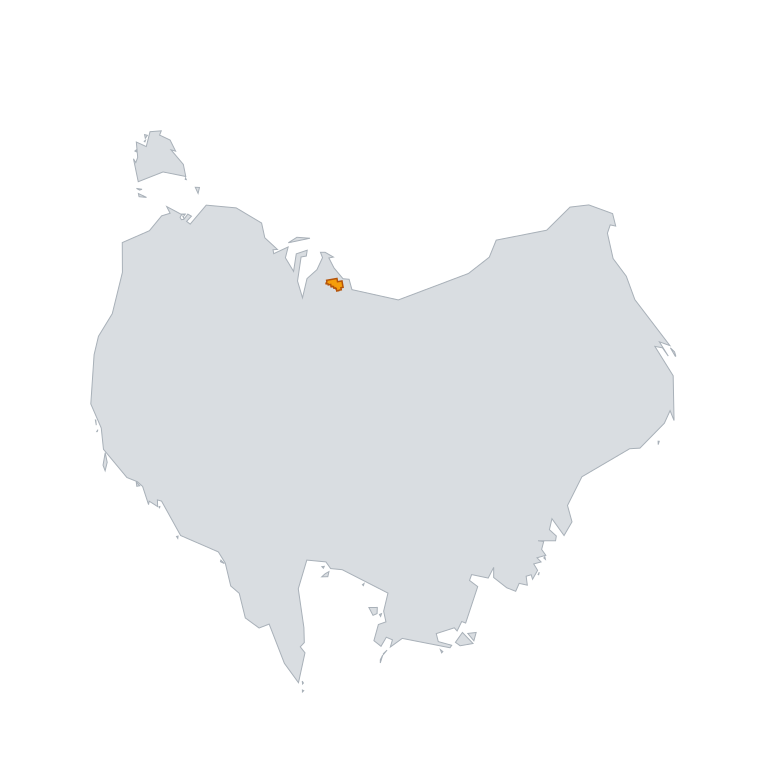 Wudinna, South Australia, Australia shown in context, rotated 170°
{"feature_id": "25037944B74799247287960", "entity_name": "Wudinna", "entity_type": "district", "adm_level": 2, "iso_a3": "AUS", "parent_name": "Australia", "parent_adm1": "South Australia", "projection": "natural_earth1", "projection_center": [135.46, -32.977], "detail": "fine", "context": "in_parent", "style": "filled", "palette": "amber", "viewbox_px": 768, "rotation_deg": 170, "n_neighbors": 0, "source": "geoboundaries", "source_scale": "gbopen_adm2", "svg_char_len": 5295}
<svg xmlns="http://www.w3.org/2000/svg" viewBox="0 0 768 768"><g transform="rotate(170 384 384)"><path d="M530.6,126.2L538.8,167.5L549.4,165.4L561.2,177.7L562.9,203.0L570.0,211.7L571.4,235.2L576.3,247.4L610.6,270.1L623.4,307.3L627.3,309.2L628.2,302.6L635.6,309.4L636.8,306.1L639.5,325.0L643.8,330.6L653.4,336.5L671.6,368.4L670.1,389.7L676.2,415.3L664.4,463.2L656.9,480.6L639.4,500.4L622.2,539.4L617.2,568.7L588.4,575.7L573.8,588.2L565.0,589.3L567.2,596.5L553.8,586.0L555.9,583.6L555.0,581.0L552.5,580.9L547.7,585.4L544.5,582.7L550.2,578.4L547.1,575.1L528.0,591.0L499.0,583.1L476.6,563.8L476.0,548.7L465.6,535.0L470.0,535.5L470.0,531.5L454.6,535.6L459.2,525.4L453.5,510.6L447.8,527.4L436.4,529.1L438.3,523.5L443.6,523.5L451.3,500.4L449.3,483.0L441.5,501.2L430.2,508.2L422.6,519.1L423.7,524.7L419.1,523.9L411.8,517.8L416.4,517.7L413.1,507.0L406.1,494.8L400.2,493.2L399.2,482.5L355.3,464.3L281.6,478.2L258.3,490.6L248.5,506.2L197.1,507.2L170.1,525.9L151.2,524.8L129.3,512.1L128.4,499.3L133.6,501.4L137.8,493.7L136.6,467.7L126.7,448.1L122.3,423.5L95.8,372.2L105.5,377.7L99.2,362.1L103.5,371.3L110.7,374.0L97.8,341.9L104.7,297.7L106.9,308.1L114.7,296.7L143.1,276.4L153.3,277.6L205.2,258.3L224.4,232.5L222.8,215.6L233.0,203.5L242.0,222.2L246.4,211.8L240.7,204.4L242.3,199.8L259.5,202.9L254.1,201.1L257.5,193.7L254.4,187.2L263.5,186.3L260.2,181.5L267.8,180.8L265.1,173.8L271.6,165.9L272.2,170.6L277.4,170.0L277.8,161.0L285.5,164.2L290.3,157.0L298.5,162.0L309.6,174.4L307.8,184.4L315.1,174.8L330.8,181.1L333.9,175.7L326.9,168.2L345.1,134.4L348.7,136.6L354.9,128.1L357.1,131.7L375.9,129.1L375.3,120.9L362.7,114.9L364.8,112.8L410.2,130.3L423.4,123.9L420.1,130.6L425.7,134.2L432.5,126.2L438.5,133.0L431.3,148.1L423.4,149.4L423.8,160.3L416.4,177.4L457.4,208.4L468.6,211.5L472.1,218.9L490.6,224.0L504.0,197.2L505.2,157.9L507.4,143.2L512.1,139.7L508.5,133.0L520.1,104.7L530.6,126.2ZM543.2,622.8L564.8,631.2L590.9,625.9L591.6,649.3L590.0,645.1L587.2,650.0L585.9,665.3L576.9,659.1L570.6,673.1L559.4,672.0L561.8,668.1L552.3,661.4L548.8,649.5L553.1,651.6L543.5,635.1L543.2,622.8ZM341.4,113.0L354.5,113.0L358.5,117.2L349.9,125.7L341.4,113.0ZM431.6,540.4L453.7,539.7L444.3,543.6L431.6,540.4ZM435.0,158.1L437.7,166.5L429.4,165.1L430.7,159.1L435.0,158.1ZM670.5,364.7L670.2,355.0L673.7,347.0L674.8,352.8L670.5,364.7ZM585.5,609.0L592.7,611.0L592.8,614.2L585.5,609.0ZM340.1,115.5L344.8,123.8L336.4,123.3L340.1,115.5ZM535.7,610.5L531.6,609.6L534.0,604.0L535.7,610.5ZM478.8,204.9L474.8,207.4L470.8,208.8L472.8,204.0L478.8,204.9ZM95.7,369.9L92.3,365.2L91.8,360.9L92.3,360.7L95.7,369.9ZM591.1,617.4L593.8,619.6L588.5,617.8L591.1,617.4ZM642.2,326.2L645.2,326.2L645.0,330.5L642.2,326.2ZM572.4,234.9L575.9,237.4L575.2,238.9L572.4,234.9ZM576.4,667.4L576.5,671.2L573.8,670.0L576.4,667.4ZM674.5,393.4L674.5,398.7L674.1,398.6L674.5,393.4ZM374.6,112.6L372.5,110.3L373.9,109.2L374.6,112.6ZM435.5,113.1L432.3,117.3L436.1,109.9L435.5,113.1ZM675.2,387.0L673.7,388.7L674.7,386.9L675.2,387.0ZM440.1,190.1L438.3,191.0L439.3,189.0L440.1,190.1ZM428.5,157.8L426.3,158.3L427.7,155.7L428.5,157.8ZM124.5,276.7L124.0,280.1L122.9,279.8L124.5,276.7ZM516.3,102.7L516.1,105.6L515.3,103.5L516.3,102.7ZM552.5,582.3L553.0,584.1L552.2,583.5L552.5,582.3ZM431.5,118.5L427.2,121.4L431.6,117.7L431.5,118.5ZM265.3,169.6L263.8,171.7L264.8,169.3L265.3,169.6ZM578.0,664.7L576.6,665.4L577.4,664.0L578.0,664.7ZM476.9,214.9L474.5,214.8L475.7,213.1L476.9,214.9ZM256.8,184.9L255.6,186.0L255.5,183.3L256.8,184.9ZM588.9,656.7L586.9,657.8L587.6,655.7L588.9,656.7ZM517.8,94.9L517.5,96.8L516.3,95.9L517.8,94.9ZM551.3,584.7L553.2,586.4L550.1,585.9L551.3,584.7ZM614.8,269.9L613.2,270.0L613.9,267.8L614.8,269.9ZM626.8,302.3L626.0,302.3L626.7,300.6L626.8,302.3ZM544.2,620.0L543.7,621.4L543.2,619.6L544.2,620.0Z" fill="#d9dde1" stroke="#a8b0b8" stroke-width="1"/><path d="M422.5,496.1L422.5,495.6L422.5,495.4L422.5,495.2L422.5,494.8L422.5,494.7L422.6,494.4L422.8,494.1L423.1,493.9L423.2,493.7L423.3,493.6L423.5,493.4L423.6,493.2L423.6,492.8L423.6,492.7L423.1,492.6L422.8,492.6L422.5,492.6L422.4,492.5L422.3,492.4L422.1,492.3L421.9,492.2L421.7,492.2L421.7,491.9L421.7,491.7L421.7,491.3L420.9,491.3L420.7,491.3L420.4,491.3L419.9,491.3L419.2,491.3L419.2,491.0L419.2,490.2L419.2,489.5L419.2,488.9L418.4,488.8L418.4,489.1L418.5,489.2L418.4,489.2L418.1,489.2L418.1,488.8L416.8,488.8L416.8,488.0L416.8,487.6L416.8,487.4L416.8,487.2L416.7,487.0L416.4,487.0L416.1,487.0L415.9,487.1L415.7,487.1L415.4,487.1L415.2,487.1L415.1,486.3L414.4,486.3L414.4,483.8L413.6,483.8L413.2,483.8L412.9,483.8L412.3,483.8L412.2,483.8L412.0,484.2L411.5,484.2L410.4,484.2L410.0,484.2L409.7,484.2L409.7,484.5L409.7,484.8L409.7,485.4L409.7,485.6L409.7,485.8L409.7,486.2L409.7,486.3L409.3,486.3L408.6,486.3L408.2,486.3L407.5,486.3L407.5,487.7L407.5,488.6L407.5,488.8L407.5,489.2L407.5,489.7L407.5,491.3L407.5,492.3L407.5,492.5L407.5,492.8L408.1,492.8L408.7,492.8L408.8,492.8L409.7,492.8L410.1,492.8L410.3,492.8L411.0,492.8L411.3,492.8L411.5,492.8L412.0,492.8L412.0,493.7L412.0,493.8L412.0,494.3L412.0,495.2L412.0,495.4L412.0,496.1L412.3,496.1L413.7,496.1L414.7,496.1L415.0,496.1L415.6,496.1L416.5,496.1L416.9,496.1L417.1,496.1L418.1,496.1L418.6,496.1L418.9,496.1L419.8,496.1L420.2,496.1L420.8,496.1L421.0,496.1L421.5,496.1L422.0,496.1L422.5,496.1Z" fill="#f59e0b" stroke="#b45309" stroke-width="1.5"/></g></svg>